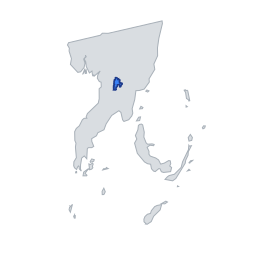 Karimui/Nomane District, Chimbu, Papua New Guinea (highlighted), rotated 77°
{"feature_id": "67681753B62109330711347", "entity_name": "Karimui/Nomane District", "entity_type": "district", "adm_level": 2, "iso_a3": "PNG", "parent_name": "Papua New Guinea", "parent_adm1": "Chimbu", "projection": "robinson", "projection_center": [144.808, -6.532], "detail": "fine", "context": "in_parent", "style": "filled", "palette": "blue", "viewbox_px": 256, "rotation_deg": 77, "n_neighbors": 0, "source": "geoboundaries", "source_scale": "gbopen_adm2", "svg_char_len": 5544}
<svg xmlns="http://www.w3.org/2000/svg" viewBox="0 0 256 256"><g transform="rotate(77 128 128)"><path d="M31.5,166.7L31.4,134.1L29.9,131.7L31.3,125.8L31.3,70.7L34.0,71.0L47.4,77.7L56.4,81.2L64.3,82.9L71.5,88.4L76.9,88.7L84.8,96.4L88.0,96.9L93.7,103.4L94.0,108.6L93.4,111.9L101.9,115.1L110.1,119.6L114.6,120.0L117.1,121.6L120.1,125.4L120.7,130.5L118.9,131.4L111.2,131.4L109.1,133.0L112.1,141.1L119.1,148.4L124.3,151.8L125.8,158.4L128.5,160.5L130.2,165.8L132.9,166.3L138.2,165.5L139.0,167.7L138.2,171.0L139.0,172.3L148.7,175.1L145.4,176.9L146.9,179.9L153.2,182.5L157.2,183.5L159.5,183.2L156.8,184.7L154.3,184.3L153.8,184.8L154.8,186.0L156.9,187.4L154.7,189.1L152.6,189.4L148.7,188.3L145.3,185.0L134.7,183.5L131.1,182.1L128.2,182.6L119.6,180.8L116.8,178.5L114.9,174.9L109.8,170.7L108.7,168.6L109.2,165.9L107.8,166.3L104.8,164.3L97.1,151.4L93.1,149.5L83.3,147.3L81.9,144.8L77.3,143.9L76.3,145.5L72.5,146.7L69.4,145.4L66.2,142.3L69.9,149.4L68.6,149.4L69.2,150.5L68.5,150.7L64.4,150.3L65.7,153.2L58.9,154.8L53.9,154.3L51.5,155.0L50.5,154.9L49.2,152.7L47.4,153.1L48.9,153.2L50.9,155.7L55.1,155.3L59.2,157.2L62.6,161.5L62.5,164.4L53.1,169.8L47.7,167.5L39.8,168.1L37.0,167.2L33.5,168.3L31.5,166.7ZM172.4,94.4L174.4,95.9L176.3,94.4L180.1,96.3L179.3,103.4L178.1,105.3L174.9,106.0L174.5,107.1L176.6,111.3L175.7,112.8L173.0,114.3L168.4,114.1L167.2,117.0L164.7,119.6L154.8,124.6L144.2,125.0L140.7,121.9L137.0,122.5L132.0,118.8L127.9,117.3L127.1,115.9L127.2,114.0L128.3,113.0L135.7,113.1L140.4,114.6L146.5,113.7L148.2,112.6L148.9,108.1L149.9,106.2L151.0,107.0L149.7,110.6L151.1,113.7L155.5,112.8L158.3,113.5L160.4,112.6L163.5,107.7L166.0,105.4L170.5,104.3L170.4,100.6L168.9,95.7L169.5,94.2L172.4,94.4ZM226.1,130.9L225.5,132.5L225.2,132.0L223.0,133.5L220.4,133.0L218.1,131.4L216.4,128.5L216.3,125.3L213.8,123.8L210.6,119.7L210.0,117.0L210.2,112.5L215.0,115.1L219.8,122.9L224.4,126.4L226.1,130.9ZM189.5,96.4L186.4,103.5L184.4,100.6L183.6,98.6L183.5,93.2L178.4,85.1L173.2,82.4L162.7,74.0L158.5,72.6L159.5,72.3L159.5,70.2L164.7,74.6L168.0,75.6L172.3,79.0L175.2,80.2L188.0,92.8L189.5,96.4ZM105.3,61.4L115.3,61.7L115.4,62.6L114.1,62.7L112.4,64.4L106.4,63.9L103.8,64.8L103.6,63.6L104.6,63.3L104.5,62.0L105.3,61.4ZM155.4,170.1L157.2,171.3L158.8,171.2L159.9,172.6L160.1,174.8L159.5,175.4L159.0,174.7L154.2,174.2L155.1,172.9L154.2,170.3L155.4,170.1ZM154.5,71.5L150.9,71.5L148.3,68.7L151.7,67.4L154.4,68.7L154.5,71.5ZM162.5,180.0L164.8,178.6L165.3,179.1L164.5,182.6L161.0,181.1L158.6,175.5L162.5,180.0ZM181.2,165.1L185.0,164.5L186.9,166.0L187.4,166.6L187.1,168.1L183.9,167.5L181.2,165.1ZM189.9,199.3L197.1,203.1L194.4,203.8L192.2,202.8L191.9,201.8L191.0,202.1L191.4,201.5L189.9,199.3ZM123.0,118.2L119.9,115.2L120.0,113.3L123.4,115.0L123.0,118.2ZM153.0,172.3L152.1,172.4L150.0,170.3L151.3,168.0L152.7,168.9L153.0,172.3ZM209.2,112.4L207.8,107.6L209.0,106.2L210.2,109.2L209.2,112.4ZM112.0,112.4L109.8,110.5L111.4,108.8L112.4,109.7L112.0,112.4ZM145.7,55.1L144.5,55.5L142.9,53.9L143.4,52.2L145.2,53.3L145.7,55.1ZM97.4,100.7L96.1,102.4L95.2,101.1L96.6,99.2L97.4,100.7ZM163.1,156.4L163.2,162.1L162.2,161.0L162.6,158.6L161.6,158.0L163.1,156.4ZM63.5,157.9L65.6,160.2L60.4,156.5L63.5,157.9ZM65.3,157.4L62.5,156.4L61.9,155.7L65.3,156.0L65.3,157.4ZM203.9,199.8L203.7,200.6L201.8,200.8L200.5,199.6L201.8,199.9L201.6,199.1L203.9,199.8ZM183.1,77.1L183.2,79.8L181.9,77.9L183.1,77.1ZM176.1,75.7L175.6,76.4L174.2,74.6L174.5,74.2L176.1,75.7ZM160.1,188.1L159.9,189.2L158.7,188.6L158.8,187.9L160.1,188.1ZM175.0,73.7L174.0,74.0L174.1,72.2L175.0,73.7ZM120.6,65.4L120.7,66.7L119.3,66.4L120.6,65.4ZM196.4,91.9L196.3,93.1L195.5,92.7L196.4,91.9Z" fill="#d9dde1" stroke="#a8b0b8" stroke-width="1"/><path d="M77.9,126.2L77.9,126.3L77.9,126.5L78.0,126.8L78.0,127.0L77.9,127.0L77.7,127.1L77.4,127.1L77.2,127.2L76.9,127.3L76.7,127.4L76.5,127.5L76.4,127.7L76.3,127.9L76.3,128.0L76.3,128.4L76.3,128.5L76.2,128.7L76.1,128.8L76.2,129.0L76.3,129.1L76.5,129.1L76.8,129.1L77.0,129.2L77.3,129.2L77.6,129.3L77.8,129.4L77.8,129.5L78.0,129.8L78.1,130.0L77.9,130.2L77.9,130.3L78.2,130.4L78.2,130.5L78.3,130.6L78.5,130.6L78.9,130.8L79.0,130.8L79.0,130.7L79.2,130.9L79.3,130.9L79.4,131.0L79.5,131.0L79.8,131.2L79.9,131.3L80.0,131.3L80.3,131.3L80.4,131.2L80.5,131.2L80.7,131.3L80.8,131.4L80.9,131.5L81.0,131.6L81.4,131.6L81.5,131.6L81.7,131.8L81.8,131.9L82.0,131.9L82.0,131.7L82.2,131.4L82.3,131.3L82.5,131.3L82.7,131.5L82.8,131.6L82.9,131.8L82.9,132.0L83.0,132.1L83.3,132.2L83.3,132.3L83.5,132.4L83.6,132.5L83.7,132.4L83.8,132.5L83.9,132.4L83.9,132.5L84.0,132.6L84.4,132.7L84.5,132.6L84.8,132.6L84.9,132.8L85.0,132.8L85.1,133.0L85.1,132.9L85.3,132.9L85.5,132.9L85.5,133.0L85.4,133.0L85.5,133.1L85.8,133.2L86.0,133.0L85.9,133.0L85.9,132.9L86.0,132.9L86.0,133.0L86.0,132.9L86.1,132.7L87.6,133.6L88.2,131.5L87.8,130.8L86.3,130.8L85.0,129.1L83.5,128.6L83.7,126.8L83.8,126.8L83.8,126.7L84.0,126.6L84.3,126.7L84.5,126.6L84.8,126.7L85.0,126.8L85.3,126.8L85.5,126.8L85.8,126.9L86.0,126.9L86.1,126.7L86.2,126.4L86.2,126.2L86.1,125.9L85.9,125.8L85.8,125.7L85.7,125.6L85.6,125.4L85.4,125.3L85.2,125.3L85.0,125.1L84.9,125.1L84.7,125.0L84.4,124.8L84.3,124.7L84.2,124.6L84.2,124.4L84.3,124.3L84.3,124.2L84.2,124.0L84.1,123.9L83.9,123.8L83.7,123.8L83.2,123.6L82.7,124.2L82.6,125.4L82.3,125.7L82.2,125.5L81.9,125.5L81.8,125.4L81.7,125.5L81.5,125.8L81.4,125.9L81.4,126.0L81.2,126.0L81.2,125.9L80.8,125.8L80.7,125.8L80.7,125.7L79.6,125.1L79.4,125.3L79.3,125.2L79.2,125.2L79.1,125.3L79.0,125.6L78.9,125.7L78.9,125.9L78.9,126.0L78.7,126.1L78.6,126.3L78.6,126.5L77.9,126.2Z" fill="#3b82f6" stroke="#1e3a8a" stroke-width="1.5"/></g></svg>